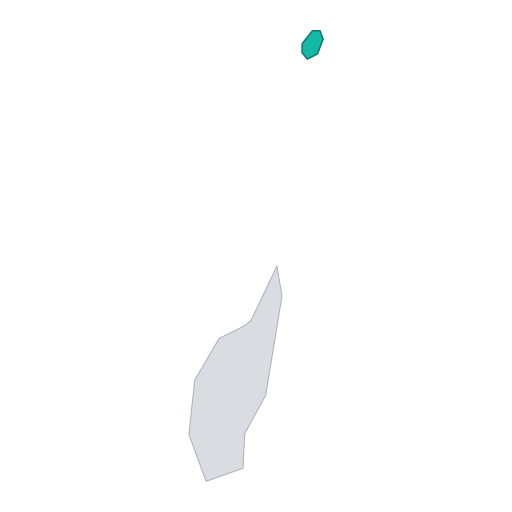 Palau, with Kayangel highlighted
{"feature_id": "PLW-5248", "entity_name": "Kayangel", "entity_type": "state/province", "adm_level": 1, "iso_a3": "PLW", "parent_name": "Palau", "parent_adm1": "", "projection": "albers", "projection_center": [134.709, 8.073], "detail": "fine", "context": "in_parent", "style": "filled", "palette": "teal", "viewbox_px": 512, "rotation_deg": 0, "n_neighbors": 0, "source": "natural_earth", "source_scale": "10m", "svg_char_len": 426}
<svg xmlns="http://www.w3.org/2000/svg" viewBox="0 0 512 512"><path d="M243.0,468.2L206.1,481.3L188.9,434.5L194.7,380.2L219.1,338.5L245.7,325.1L251.1,320.3L276.9,266.1L282.0,296.0L265.7,395.2L244.7,433.8L243.0,468.2Z" fill="#d9dde1" stroke="#a8b0b8" stroke-width="1"/><path d="M312.4,30.7L320.0,30.8L323.1,39.1L317.5,53.9L307.3,59.1L302.0,52.6L302.2,43.6L312.4,30.7Z" fill="#14b8a6" stroke="#0f766e" stroke-width="1.5"/></svg>